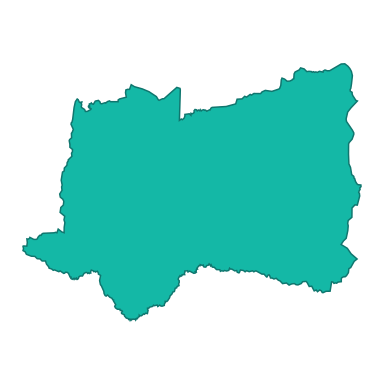 the district of Nong Chang, Uthai Thani, Thailand
{"feature_id": "78962969B70686602107551", "entity_name": "Nong Chang", "entity_type": "district", "adm_level": 2, "iso_a3": "THA", "parent_name": "Thailand", "parent_adm1": "Uthai Thani", "projection": "equal_earth", "projection_center": [99.746, 15.368], "detail": "fine", "context": "isolated", "style": "filled", "palette": "teal", "viewbox_px": 384, "rotation_deg": 0, "n_neighbors": 0, "source": "geoboundaries", "source_scale": "gbopen_adm2", "svg_char_len": 5898}
<svg xmlns="http://www.w3.org/2000/svg" viewBox="0 0 384 384"><path d="M226.7,271.0L228.8,270.4L229.6,268.2L230.5,269.1L231.8,269.1L234.8,270.9L236.7,270.5L237.2,272.2L238.5,272.8L239.3,272.7L240.4,270.0L243.4,270.5L245.1,271.8L246.6,270.7L249.2,271.7L252.5,270.8L253.8,271.8L255.9,270.8L261.9,274.1L264.0,274.1L266.6,277.0L267.1,276.9L268.0,275.2L269.0,274.8L269.7,275.7L270.5,278.0L272.3,278.1L273.9,279.0L276.2,278.3L278.3,280.2L280.0,280.9L282.6,283.6L286.5,283.0L289.1,285.1L291.7,283.9L294.4,283.6L296.0,284.7L298.0,284.9L301.3,283.5L302.6,281.7L306.1,281.4L307.1,282.5L309.2,286.5L311.7,286.2L314.2,290.9L316.2,290.0L317.5,291.7L319.7,290.0L321.3,290.8L322.2,292.5L323.0,292.7L326.0,291.3L330.1,291.2L331.6,281.9L332.9,282.0L334.0,283.4L335.3,282.9L336.7,283.2L338.0,282.1L341.3,281.7L341.3,278.7L341.8,277.7L344.0,276.6L344.9,276.9L346.4,275.8L348.4,272.7L348.9,268.6L350.7,267.6L354.2,261.3L357.1,259.0L351.1,253.8L347.3,248.3L341.1,244.5L343.5,240.9L346.2,238.3L347.8,230.6L348.2,225.8L347.7,223.4L348.2,220.5L351.9,217.3L352.0,208.0L354.9,204.9L357.3,205.1L359.7,196.0L359.4,193.3L358.7,192.6L359.1,191.0L360.1,189.4L359.8,188.0L361.0,186.7L360.9,185.0L358.1,184.7L356.9,183.8L355.5,181.4L354.6,178.4L353.9,178.0L353.8,176.4L351.7,174.6L350.5,167.4L348.9,163.9L348.5,154.0L348.6,143.9L349.2,142.5L352.1,139.2L353.8,134.4L353.8,132.9L352.4,130.2L346.5,121.5L346.1,119.0L347.7,112.0L351.0,107.8L357.4,101.0L355.8,100.3L352.8,95.6L352.2,94.1L352.1,92.3L350.3,91.2L350.1,89.7L350.8,88.3L351.5,83.8L352.4,75.7L351.4,71.4L349.8,68.5L347.9,66.2L344.8,63.8L341.2,64.0L329.7,70.7L327.4,70.8L325.0,70.0L323.2,71.0L323.0,72.1L319.4,71.3L317.4,72.4L315.8,71.9L314.7,72.4L313.7,71.7L312.2,72.3L311.7,71.6L309.0,71.3L306.8,71.6L304.1,68.9L300.6,67.9L299.2,69.9L295.1,72.0L294.1,73.9L293.8,78.8L292.4,79.3L292.1,80.0L289.7,81.1L287.1,81.2L284.6,79.1L282.0,78.1L281.3,79.8L280.8,85.4L279.6,88.5L278.7,89.1L271.9,91.4L265.3,90.4L262.0,91.9L260.6,93.6L253.9,93.5L251.4,95.1L250.2,94.4L246.6,97.1L244.7,96.3L242.0,98.9L237.1,99.2L235.7,103.9L226.2,106.5L212.1,107.4L211.0,108.1L210.0,110.0L209.6,109.8L206.7,111.2L205.6,110.1L204.6,110.3L203.9,109.7L202.1,110.1L201.3,110.9L200.7,110.7L200.2,109.7L199.6,110.7L198.3,110.0L197.2,110.9L196.3,109.7L195.0,109.5L194.0,110.8L194.2,112.2L193.5,113.1L192.1,113.8L191.0,113.3L190.9,115.3L189.3,113.8L184.9,114.4L184.9,116.1L184.1,118.2L182.3,119.7L181.3,119.0L179.4,120.4L180.3,89.9L180.0,88.4L176.8,87.4L164.0,98.7L162.4,98.8L159.1,100.3L158.3,99.8L156.4,96.6L149.0,91.7L142.3,88.9L134.5,86.7L131.2,84.7L129.5,89.4L127.7,89.3L125.9,89.9L125.5,92.7L126.3,97.2L119.7,98.9L118.2,99.9L118.1,101.7L110.7,101.7L109.5,100.9L107.4,101.6L105.7,103.1L105.2,102.7L101.6,103.8L100.5,103.5L99.9,101.8L98.4,100.4L95.3,101.1L93.4,104.2L92.2,103.9L91.3,102.9L90.5,103.8L89.4,103.9L89.2,105.4L88.5,106.0L88.4,106.8L88.9,107.5L89.6,106.8L89.6,108.1L91.0,108.6L90.8,109.5L87.3,111.4L85.4,111.5L84.6,109.5L81.6,107.5L81.3,106.7L81.7,104.7L81.3,103.4L81.9,102.0L81.1,102.0L80.4,102.6L79.4,102.3L78.2,99.7L77.2,99.0L75.4,101.6L74.1,107.4L72.7,119.2L72.0,122.1L71.4,122.6L71.0,124.2L73.3,129.4L72.2,132.3L71.4,133.3L71.6,137.8L69.6,139.6L69.2,140.7L69.9,144.4L69.9,147.3L72.5,149.5L72.4,151.9L71.5,153.2L71.9,156.3L68.3,159.7L68.1,161.2L67.2,162.4L66.9,165.3L64.3,168.1L64.2,170.9L62.5,172.1L61.2,180.2L62.2,185.2L61.6,186.9L62.0,190.3L59.7,194.0L60.3,197.2L62.8,199.2L63.8,201.4L63.3,205.1L60.8,207.5L60.1,212.4L64.7,216.2L64.0,219.9L64.9,222.6L64.2,227.2L64.1,232.7L61.9,232.0L58.2,229.1L56.9,232.8L55.5,232.3L54.2,232.8L43.1,233.3L42.0,233.9L41.1,235.4L40.1,235.1L38.5,236.5L37.0,239.1L36.4,239.4L33.8,239.4L29.9,237.4L29.6,238.2L28.3,239.1L26.9,238.9L27.3,242.6L26.8,246.1L23.2,246.0L23.0,246.4L23.5,248.6L23.0,250.6L25.2,251.8L26.4,254.3L31.3,256.2L34.9,256.4L37.2,258.7L40.0,258.9L42.1,261.0L45.5,261.0L46.5,264.1L48.7,266.8L49.1,268.2L51.7,269.0L53.2,270.3L54.5,269.9L58.9,271.7L60.1,270.9L63.7,273.4L64.6,273.2L65.4,272.3L67.1,272.3L68.5,273.4L70.1,277.1L71.1,277.2L70.9,278.5L72.3,279.3L73.3,278.5L74.0,279.4L74.5,278.5L75.2,279.1L76.3,278.0L76.9,278.5L76.9,279.4L77.4,279.4L78.3,278.6L78.9,276.9L80.2,276.0L82.5,276.0L84.0,273.4L86.0,272.4L86.9,272.5L87.6,273.4L88.4,272.8L89.2,273.5L89.8,272.9L90.7,273.1L90.7,271.5L91.3,270.1L93.4,270.9L93.7,271.6L95.0,271.3L95.5,272.0L97.3,271.2L98.3,272.8L98.4,274.1L100.6,275.4L99.6,280.5L100.4,284.6L101.4,285.9L103.8,291.3L104.1,293.6L105.1,295.5L106.1,296.1L107.6,295.0L109.8,297.2L112.1,298.4L112.6,299.6L113.6,300.0L113.4,300.8L115.7,304.7L114.7,306.3L115.4,307.8L117.3,309.2L120.0,309.3L120.2,310.5L121.7,310.5L122.4,311.4L121.5,312.5L121.6,313.5L124.3,314.8L124.5,316.0L126.2,318.0L128.5,318.8L128.7,319.5L129.6,319.2L130.0,320.2L130.3,319.4L131.1,320.1L131.4,319.3L132.0,319.6L133.0,319.0L134.1,319.4L135.3,319.0L135.7,320.0L136.6,318.4L137.3,318.7L138.3,317.1L139.3,316.6L139.3,315.3L139.9,315.9L141.6,315.7L143.6,313.9L144.4,314.3L145.7,313.2L147.4,313.6L148.1,310.2L147.6,309.6L147.5,308.2L148.8,308.2L149.5,307.2L152.7,306.4L153.5,305.2L154.4,305.7L157.1,305.0L157.8,306.5L159.7,305.1L161.0,306.1L162.5,306.1L164.3,305.4L164.4,304.0L165.4,302.3L165.2,301.4L166.8,301.5L167.7,300.7L169.5,297.9L170.2,295.7L171.7,294.4L172.9,292.0L174.4,291.5L175.2,288.2L176.6,287.9L177.2,286.4L179.0,285.6L178.6,283.8L179.2,282.5L179.2,280.7L178.2,279.5L178.3,278.6L179.0,277.0L180.0,276.6L180.0,275.7L181.3,276.1L182.0,275.6L182.1,274.7L184.7,274.6L184.3,273.3L184.8,272.6L184.8,271.1L187.6,270.7L188.0,272.0L189.6,271.1L193.8,273.3L195.3,273.0L196.2,272.3L195.3,271.6L196.2,271.2L196.4,269.5L197.5,269.1L196.9,268.3L198.9,265.7L200.1,265.7L200.2,264.6L202.3,265.4L203.3,265.1L203.4,266.1L204.0,267.0L205.8,267.1L206.7,265.6L208.3,265.2L209.1,263.9L210.6,265.9L211.1,264.8L212.3,267.1L214.3,267.3L216.5,269.6L219.8,269.7L220.4,271.3L221.3,270.8L223.5,271.1L224.5,270.5L226.7,271.0Z" fill="#14b8a6" stroke="#0f766e" stroke-width="1.5"/></svg>